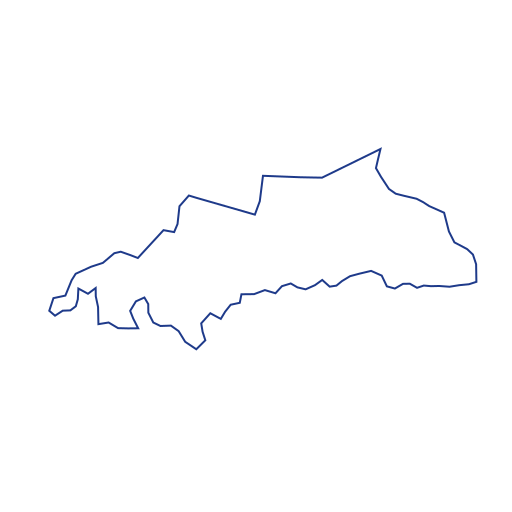 the district of Nova Santa Bárbara, Paraná, Brazil, rotated 348°
{"feature_id": "56859067B73419127296290", "entity_name": "Nova Santa Bárbara", "entity_type": "district", "adm_level": 2, "iso_a3": "BRA", "parent_name": "Brazil", "parent_adm1": "Paraná", "projection": "robinson", "projection_center": [-50.754, -23.594], "detail": "fine", "context": "isolated", "style": "outline", "palette": "blue", "viewbox_px": 512, "rotation_deg": 348, "n_neighbors": 0, "source": "geoboundaries", "source_scale": "gbopen_adm2", "svg_char_len": 1396}
<svg xmlns="http://www.w3.org/2000/svg" viewBox="0 0 512 512"><g transform="rotate(348 256 256)"><path d="M466.2,327.1L469.6,309.8L468.5,299.7L464.0,293.2L452.9,283.9L449.8,272.1L449.0,252.8L435.8,243.2L430.6,238.0L425.0,233.4L412.9,227.7L405.6,224.1L400.0,218.1L394.7,204.5L391.6,195.0L395.1,187.5L400.0,177.2L336.9,193.1L328.2,191.1L315.4,188.1L279.5,179.0L271.1,203.2L263.5,215.3L209.8,186.7L202.9,182.9L191.5,191.4L185.9,208.4L180.9,215.6L170.9,211.5L140.0,233.4L133.3,229.0L124.6,223.7L118.0,223.8L104.8,230.9L92.5,232.2L75.9,235.9L70.6,241.4L61.3,255.1L49.1,255.1L42.4,266.6L47.0,272.6L55.6,269.3L63.1,270.6L69.3,267.7L72.7,261.3L75.5,250.9L83.8,258.0L92.5,254.0L90.9,262.1L90.9,273.1L87.7,289.9L98.0,290.4L106.1,297.9L115.8,300.2L125.7,302.2L122.9,291.7L121.5,283.5L129.1,275.4L138.2,273.4L140.6,280.6L138.9,289.1L141.7,299.7L148.0,304.6L158.3,306.4L164.7,313.4L168.9,325.2L178.2,334.8L188.9,327.9L188.0,319.0L188.4,310.5L199.4,302.5L208.5,310.2L214.2,304.1L221.1,298.4L230.4,298.4L233.8,290.4L246.2,292.9L257.6,291.2L267.3,296.5L275.1,290.9L284.3,290.1L290.0,295.3L297.6,298.9L307.6,296.8L315.8,293.2L321.7,301.3L328.5,301.7L334.9,298.4L343.8,295.3L353.1,294.8L365.5,294.5L374.9,301.3L377.7,312.9L385.1,316.7L394.0,313.8L400.7,315.1L406.9,320.6L414.0,319.8L420.9,321.9L428.9,323.4L438.9,326.3L448.7,326.8L458.4,327.9L466.2,327.1Z" fill="none" stroke="#1e3a8a" stroke-width="2"/></g></svg>